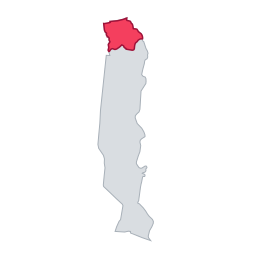 where Maritime sits in Togo, rotated 186°
{"feature_id": "TGO-87", "entity_name": "Maritime", "entity_type": "Region", "adm_level": 1, "iso_a3": "TGO", "parent_name": "Togo", "parent_adm1": "", "projection": "natural_earth1", "projection_center": [1.275, 6.502], "detail": "fine", "context": "in_parent", "style": "filled", "palette": "rose", "viewbox_px": 256, "rotation_deg": 186, "n_neighbors": 0, "source": "natural_earth", "source_scale": "10m", "svg_char_len": 3245}
<svg xmlns="http://www.w3.org/2000/svg" viewBox="0 0 256 256"><g transform="rotate(186 128 128)"><path d="M130.0,23.8L129.0,28.5L127.1,34.3L125.8,36.1L124.9,50.2L125.5,51.4L125.9,51.8L132.2,56.5L140.3,62.8L146.1,67.2L146.6,68.7L146.7,78.0L146.7,86.0L147.9,90.5L148.2,94.9L149.6,98.3L155.0,104.7L156.2,108.5L156.4,120.7L156.5,129.9L157.2,142.5L157.2,153.0L157.2,166.2L157.2,181.8L157.2,198.0L153.6,198.2L155.6,203.2L155.9,207.8L156.4,209.3L155.4,211.5L156.2,214.9L157.7,216.1L161.6,222.9L162.9,228.6L156.7,230.5L157.1,232.0L145.4,235.1L140.7,237.6L140.6,235.1L138.9,234.7L136.9,233.9L135.6,232.6L133.8,229.8L133.1,227.5L130.4,227.1L127.0,224.6L123.8,221.7L122.7,218.9L123.0,217.5L122.5,216.2L121.4,215.6L118.5,209.1L116.7,206.5L115.9,204.4L116.2,202.8L115.8,200.6L116.3,198.8L117.9,197.7L118.4,196.4L118.5,193.7L119.4,188.0L120.0,182.5L118.3,180.9L116.3,180.5L115.3,178.9L114.9,176.3L114.9,174.1L118.9,166.1L118.1,147.9L118.7,145.2L120.5,143.2L122.0,141.0L121.9,138.8L119.3,133.4L114.3,129.2L111.8,125.8L110.4,122.8L110.2,121.2L113.2,118.8L114.5,117.2L114.7,115.3L113.5,111.8L113.7,105.7L114.9,101.1L116.1,95.1L115.9,93.3L113.0,89.8L111.4,89.3L110.1,89.5L107.1,91.9L106.0,92.1L105.3,91.4L105.0,90.5L106.0,89.1L105.7,87.3L106.6,85.8L108.5,85.1L109.1,84.4L106.5,83.6L106.1,82.6L106.3,81.6L107.1,81.4L107.9,81.4L108.4,80.7L108.8,75.6L109.1,73.9L109.4,70.4L109.8,56.8L110.4,55.4L110.5,54.4L108.7,53.7L104.4,50.1L101.8,47.3L99.6,44.4L97.8,42.5L94.1,39.6L93.0,37.7L92.9,35.9L94.0,32.2L95.8,28.2L96.6,22.6L96.1,21.0L93.7,18.4L102.3,20.4L114.4,23.8L114.7,24.4L114.7,25.4L116.9,25.4L120.4,24.2L130.0,23.8Z" fill="#d9dde1" stroke="#a8b0b8" stroke-width="1"/><path d="M140.7,237.1L140.8,235.6L140.3,234.9L137.2,234.5L136.7,234.2L136.3,233.6L135.8,232.7L135.5,232.3L135.2,232.2L134.9,232.0L134.6,231.8L134.1,230.8L133.1,227.3L130.2,227.3L129.4,227.1L129.0,226.6L127.7,224.9L126.8,224.3L124.9,223.2L124.1,222.3L123.5,221.2L123.1,220.2L122.9,219.1L122.9,218.2L123.4,218.1L124.9,217.9L125.5,217.6L126.8,216.7L127.2,216.2L127.6,215.4L127.9,214.9L129.0,213.8L129.3,213.4L129.5,213.1L129.6,212.7L129.9,211.7L130.0,210.0L130.0,207.9L130.0,207.4L130.2,206.9L130.3,206.6L130.5,206.4L130.8,206.2L131.2,206.0L131.9,205.8L138.1,206.2L138.2,206.3L138.3,206.4L138.2,206.7L138.3,206.9L139.1,207.0L139.3,207.1L139.4,207.3L139.5,207.5L139.8,207.8L140.1,207.9L140.4,208.1L140.5,208.1L140.9,209.1L141.1,209.3L142.4,209.8L142.8,210.0L144.9,207.6L147.5,205.4L148.2,205.1L149.0,204.8L149.5,204.8L149.9,204.8L150.7,205.1L151.2,205.2L151.6,205.3L151.8,205.2L152.5,205.0L153.2,204.5L153.4,204.3L153.6,204.0L154.4,202.5L154.7,202.2L154.9,202.1L155.5,202.6L155.8,203.1L155.9,203.7L155.6,205.5L155.6,206.2L155.8,207.0L156.1,207.9L156.3,208.9L156.1,209.6L155.8,210.1L155.3,210.9L155.0,211.9L155.2,212.4L155.7,212.9L156.1,213.7L156.1,214.1L156.0,214.4L156.0,214.8L156.1,215.3L156.4,215.6L156.7,216.0L157.0,216.3L157.3,216.5L157.6,216.5L158.0,216.5L158.3,216.6L158.3,217.1L158.4,217.4L159.0,218.0L159.3,218.4L159.3,218.8L159.2,219.7L159.3,220.1L159.6,220.4L160.4,220.8L160.7,221.1L161.7,222.9L162.4,226.2L163.1,229.4L162.3,229.4L157.5,230.8L156.7,231.2L157.0,232.1L149.8,233.5L143.9,235.6L141.2,237.0L140.9,237.0L140.7,237.1Z" fill="#f43f5e" stroke="#9f1239" stroke-width="1.5"/></g></svg>